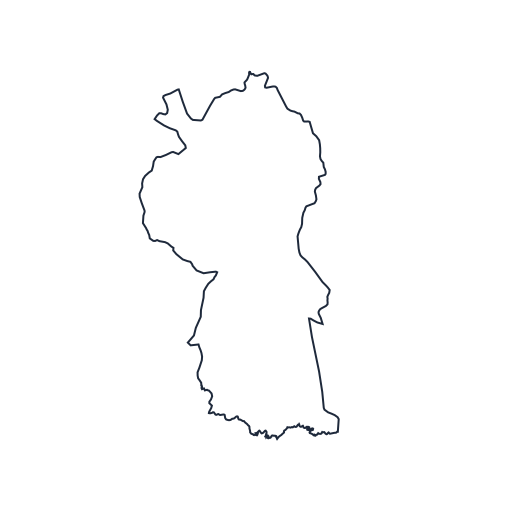 the district of Ezeris, Caras-Severin, Romania, rotated 34°
{"feature_id": "2599482B45431507680180", "entity_name": "Ezeris", "entity_type": "district", "adm_level": 2, "iso_a3": "ROU", "parent_name": "Romania", "parent_adm1": "Caras-Severin", "projection": "natural_earth1", "projection_center": [21.931, 45.399], "detail": "fine", "context": "isolated", "style": "outline", "palette": "slate", "viewbox_px": 512, "rotation_deg": 34, "n_neighbors": 0, "source": "geoboundaries", "source_scale": "gbopen_adm2", "svg_char_len": 6066}
<svg xmlns="http://www.w3.org/2000/svg" viewBox="0 0 512 512"><g transform="rotate(34 256 256)"><path d="M422.1,355.9L415.8,345.0L413.8,344.0L410.2,343.9L406.7,344.5L403.2,345.3L398.7,345.1L397.1,344.0L386.9,331.6L372.9,316.5L347.7,291.9L334.9,278.2L336.4,277.4L339.5,277.3L344.0,276.8L349.2,275.1L344.3,271.1L340.6,269.0L339.6,268.1L339.1,267.2L338.9,266.0L338.9,264.4L339.5,262.9L341.9,258.3L342.3,256.1L341.4,254.5L340.0,252.8L339.2,251.3L338.0,250.0L337.6,248.2L337.3,245.6L336.1,243.0L333.2,242.0L330.8,241.4L325.7,240.4L314.0,236.1L302.1,232.2L298.6,231.5L295.1,231.2L292.6,230.6L290.1,228.9L287.3,226.1L279.5,216.5L278.7,214.1L278.1,211.7L277.6,209.3L277.4,206.8L276.2,203.6L273.0,198.5L271.1,193.6L270.8,190.8L270.0,188.2L270.0,186.6L275.0,179.5L274.9,177.0L274.4,175.2L271.8,172.3L268.8,169.7L268.0,168.0L267.8,166.1L269.2,162.1L269.3,160.3L268.0,158.7L265.0,156.9L263.9,155.1L267.8,150.2L267.8,149.0L266.7,147.3L264.7,145.6L262.4,144.3L259.6,141.0L257.5,140.5L255.6,139.7L255.2,139.5L253.3,137.6L251.3,134.1L249.0,130.8L246.5,127.7L243.6,124.7L239.0,123.0L234.6,122.4L225.5,114.8L224.2,115.2L220.7,117.6L219.4,117.4L217.0,115.5L214.4,113.9L212.4,113.5L211.0,114.3L207.1,114.8L205.2,115.6L203.2,116.2L199.7,116.3L197.3,115.2L181.1,106.3L179.3,105.0L177.5,104.7L176.2,105.3L175.0,106.2L170.7,110.6L169.3,111.1L168.2,109.9L166.4,101.7L166.0,101.2L164.9,100.3L164.2,100.0L161.9,99.4L160.7,99.8L156.3,105.9L154.1,107.0L153.5,107.0L152.1,106.6L151.6,106.9L150.6,107.9L149.7,107.5L149.4,107.8L148.6,107.7L148.1,106.8L147.6,107.0L147.6,107.5L148.0,108.3L148.8,109.0L149.6,112.6L150.0,114.8L149.4,118.5L150.2,119.5L151.8,120.8L153.2,122.3L153.4,123.3L153.4,124.3L153.2,125.2L152.7,126.5L151.2,127.8L145.5,129.5L144.2,130.6L142.7,132.8L141.7,135.3L139.5,138.0L137.5,141.0L137.1,144.2L133.7,147.7L133.5,149.3L133.9,157.1L135.4,173.0L134.5,174.5L127.5,178.5L125.1,178.4L119.2,176.5L108.9,169.0L98.8,161.1L97.9,162.0L94.1,169.2L91.0,173.1L89.9,175.1L90.4,176.7L97.0,180.4L101.1,184.1L102.4,187.2L101.7,189.3L99.8,190.2L97.6,190.7L96.0,191.7L95.4,194.8L95.4,199.2L98.1,199.4L106.7,199.2L113.0,198.3L119.2,196.7L121.2,196.9L123.3,198.7L125.5,200.3L130.5,202.2L135.5,203.8L137.4,205.7L134.7,214.9L129.1,216.1L127.9,217.3L124.9,222.5L121.5,227.4L119.7,228.4L118.9,229.0L118.3,229.9L118.3,232.2L118.4,234.9L120.4,239.1L121.8,243.5L120.5,246.7L119.3,251.6L119.4,255.5L121.0,259.5L123.3,262.5L124.6,269.4L126.6,272.1L131.5,275.9L138.1,280.6L138.8,281.4L139.2,282.3L139.6,283.8L140.1,285.5L143.9,292.0L149.4,294.4L150.6,295.2L151.9,295.7L153.7,297.1L155.7,298.3L158.1,300.8L162.4,300.9L164.0,299.9L165.1,298.1L167.6,297.7L172.8,295.4L175.8,294.9L180.6,295.5L183.0,295.4L184.3,297.7L188.9,299.0L197.2,299.8L201.9,298.6L204.9,297.5L207.8,298.6L208.8,299.5L214.8,301.2L222.2,299.6L227.2,295.0L231.5,291.4L232.9,291.2L233.6,294.6L233.4,296.7L233.8,299.1L232.8,302.2L232.0,305.7L232.1,310.4L232.5,314.3L235.9,320.0L240.6,331.6L244.2,337.3L246.3,349.2L249.0,356.6L247.9,365.9L251.8,366.6L257.8,361.5L260.1,363.4L262.7,365.1L265.1,367.0L267.6,369.6L269.4,372.8L271.5,380.2L272.6,385.1L274.5,387.8L276.5,389.8L277.8,390.2L281.4,391.7L282.4,393.0L283.6,393.9L283.4,394.1L285.3,395.4L284.8,396.0L285.7,396.6L287.0,394.9L288.8,396.0L289.9,394.6L290.3,394.3L290.7,394.4L292.3,393.9L296.0,394.8L298.1,396.8L298.9,400.1L298.8,402.8L299.6,404.1L303.1,404.7L303.9,407.1L304.2,410.5L304.4,411.8L304.8,412.6L305.9,412.1L307.3,410.6L307.6,409.7L308.0,409.4L308.5,409.2L311.0,410.1L311.7,410.0L312.1,409.7L312.7,408.6L313.1,408.1L314.9,408.0L315.4,407.7L317.6,405.6L318.2,405.3L318.9,405.3L321.0,407.5L322.3,408.1L322.8,408.2L324.9,407.5L325.6,407.1L326.6,406.1L327.3,404.2L328.1,403.6L328.8,402.6L329.3,400.5L329.6,399.9L330.2,399.4L330.5,399.3L330.8,399.4L332.0,400.5L333.0,401.1L333.6,401.0L334.5,400.4L337.4,400.2L338.4,399.6L340.0,400.1L342.6,400.3L344.3,400.8L345.2,400.8L346.1,401.3L346.9,402.5L348.9,404.3L349.8,405.5L351.5,406.0L353.1,405.5L353.9,405.7L354.3,405.7L354.5,405.6L354.5,405.0L357.1,404.1L357.1,403.6L357.0,403.2L356.1,403.3L354.9,402.9L355.5,402.3L356.0,402.2L356.6,401.8L356.6,401.6L356.3,401.4L355.9,401.2L356.3,399.1L356.4,398.9L356.7,398.9L359.1,399.8L359.9,399.9L360.6,399.0L360.9,398.1L361.2,395.9L361.4,395.6L361.6,395.4L362.9,395.8L363.8,396.9L363.8,397.5L364.0,397.8L364.7,398.2L364.2,398.5L364.7,400.1L364.7,400.5L364.9,400.5L365.5,400.1L365.4,399.7L365.5,399.6L366.0,400.4L366.2,399.6L366.9,399.2L366.8,398.4L367.2,398.5L367.4,400.3L368.0,400.3L368.3,400.1L368.8,399.3L369.6,398.6L369.6,397.6L369.8,397.2L369.5,396.2L370.2,395.4L371.3,395.1L372.1,394.4L373.1,394.1L373.2,394.5L373.4,394.7L373.7,394.7L373.9,394.4L375.6,395.8L375.8,395.9L375.9,393.6L376.4,391.8L377.1,390.2L377.4,388.5L377.8,387.4L377.9,386.6L377.1,385.6L377.1,384.8L377.6,383.9L377.8,383.1L378.0,381.2L377.8,380.4L378.5,380.2L379.4,379.4L380.7,378.9L381.1,378.2L381.4,377.8L381.8,377.6L382.3,377.5L382.4,377.2L382.7,376.2L383.0,375.7L383.9,375.8L384.7,375.4L385.1,374.7L385.1,372.7L385.2,372.4L385.5,372.4L385.9,372.1L385.8,371.3L386.0,371.4L386.4,372.1L387.5,372.7L388.8,372.5L389.8,370.5L390.1,370.6L390.4,371.0L391.4,371.6L392.3,371.5L393.0,371.0L393.5,369.3L393.7,369.1L394.2,369.2L394.9,368.7L394.9,368.4L395.8,368.2L396.4,368.9L396.4,369.1L396.1,369.4L395.9,369.8L395.6,369.7L395.2,369.9L395.2,370.2L395.0,370.5L395.3,371.1L395.7,371.4L397.1,370.8L397.2,370.2L397.4,370.0L397.8,369.9L398.0,370.1L398.4,369.7L398.5,369.2L398.4,368.2L399.4,367.2L400.0,367.3L400.4,368.4L399.8,369.1L399.6,369.5L399.0,369.6L398.9,369.8L399.0,372.1L399.2,372.5L399.7,372.7L401.0,372.3L402.8,372.1L403.7,372.4L404.6,372.3L404.7,371.9L404.2,371.7L404.3,371.4L404.8,371.4L405.4,371.8L405.8,371.7L405.9,370.9L405.9,370.6L406.6,369.8L406.5,369.4L406.6,368.7L406.6,368.1L407.6,368.2L409.2,367.2L409.5,366.4L409.3,365.4L409.3,364.9L410.0,364.9L410.9,363.9L411.1,363.8L412.9,364.4L413.8,364.4L414.2,364.3L414.4,364.0L414.5,363.6L414.5,363.1L414.8,361.7L415.1,361.7L415.4,362.1L415.6,362.1L416.7,362.0L419.9,358.7L421.1,357.8L421.4,357.1L421.5,356.3L422.1,355.9Z" fill="none" stroke="#1e293b" stroke-width="2"/></g></svg>